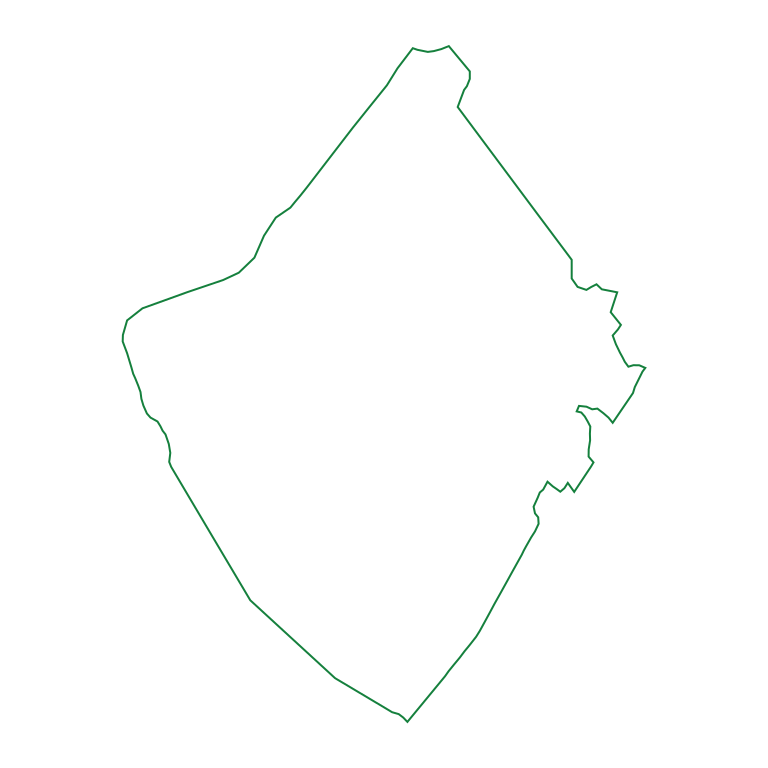 Anajatuba, Maranhão, Brazil (Natural Earth projection)
{"feature_id": "56859067B58311324239433", "entity_name": "Anajatuba", "entity_type": "district", "adm_level": 2, "iso_a3": "BRA", "parent_name": "Brazil", "parent_adm1": "Maranhão", "projection": "natural_earth1", "projection_center": [-44.559, -3.251], "detail": "fine", "context": "isolated", "style": "outline", "palette": "green", "viewbox_px": 768, "rotation_deg": 0, "n_neighbors": 0, "source": "geoboundaries", "source_scale": "gbopen_adm2", "svg_char_len": 1711}
<svg xmlns="http://www.w3.org/2000/svg" viewBox="0 0 768 768"><path d="M620.9,324.9L610.7,312.2L617.2,292.3L601.8,289.3L596.5,284.3L591.2,287.0L586.4,289.9L577.6,286.9L571.7,278.5L571.7,259.8L535.2,211.0L457.7,107.0L464.1,89.9L466.9,86.2L469.8,78.9L469.8,71.4L448.8,46.1L441.3,49.1L433.8,51.1L427.8,51.9L417.4,49.8L412.8,48.2L397.5,68.3L386.9,85.3L369.0,107.5L352.9,127.6L306.8,187.5L300.5,195.4L294.7,202.3L290.4,207.6L275.8,217.6L264.0,235.7L254.4,257.7L238.8,272.7L223.2,280.0L187.2,292.2L142.5,308.3L127.1,320.4L122.9,335.0L122.7,341.5L127.1,353.2L131.4,367.4L133.2,373.8L135.2,378.2L138.2,385.6L140.5,392.0L141.4,398.9L143.4,405.6L146.9,413.5L150.5,417.6L157.5,421.5L160.4,426.2L162.6,430.7L165.5,434.4L168.8,444.0L170.3,452.9L169.2,461.9L171.2,466.9L212.0,535.8L250.3,600.3L335.1,678.2L387.8,709.6L392.1,712.2L398.7,714.1L403.2,717.5L407.4,721.9L445.0,676.3L448.6,671.2L453.8,664.8L460.0,657.3L464.5,651.3L469.6,645.1L476.1,636.8L479.8,630.9L482.1,626.7L484.4,622.5L489.8,612.6L494.4,604.0L501.0,592.2L507.6,580.3L511.5,573.2L516.0,565.1L521.8,554.7L523.8,550.5L526.1,546.3L531.1,537.5L535.0,531.4L538.6,523.8L538.2,517.3L535.0,513.4L533.6,506.7L537.7,497.7L539.8,492.5L543.2,489.6L547.5,481.7L552.8,486.4L556.6,489.0L560.3,491.7L564.4,488.2L567.8,482.9L574.2,491.9L591.0,466.6L593.5,462.4L588.6,456.6L588.7,449.4L590.1,440.3L589.9,433.6L590.3,426.5L587.7,421.5L584.8,416.5L581.3,412.5L576.7,411.4L579.0,405.9L586.5,406.7L592.2,409.3L597.4,408.6L603.4,413.2L608.5,417.6L612.7,422.8L633.0,393.0L634.8,387.1L642.5,371.6L645.3,367.9L639.3,365.3L633.4,365.2L628.4,366.7L624.8,361.8L622.7,357.6L620.0,352.7L615.9,344.2L612.7,335.5L617.9,329.5L620.9,324.9Z" fill="none" stroke="#15803d" stroke-width="2"/></svg>